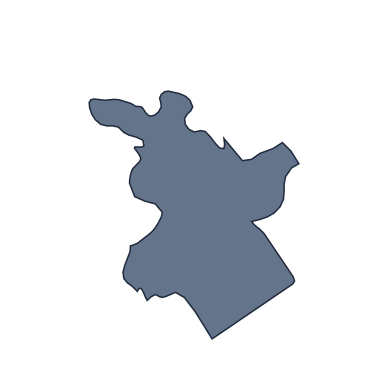 Zamboanga del Sur, Natural Earth projection, rotated 146°
{"feature_id": "PHL-2522", "entity_name": "Zamboanga del Sur", "entity_type": "Province", "adm_level": 1, "iso_a3": "PHL", "parent_name": "Philippines", "parent_adm1": "", "projection": "natural_earth1", "projection_center": [123.35, 7.8], "detail": "fine", "context": "isolated", "style": "filled", "palette": "slate", "viewbox_px": 384, "rotation_deg": 146, "n_neighbors": 0, "source": "natural_earth", "source_scale": "10m", "svg_char_len": 1674}
<svg xmlns="http://www.w3.org/2000/svg" viewBox="0 0 384 384"><g transform="rotate(146 192 192)"><path d="M289.8,127.2L289.8,127.3L289.5,130.4L288.3,136.4L288.0,139.9L288.0,140.0L288.4,140.4L289.5,141.7L292.9,140.2L292.9,140.3L294.2,146.9L296.3,152.7L296.9,158.3L294.1,164.1L288.6,168.9L276.6,177.3L273.2,181.8L271.7,181.2L265.8,180.0L248.8,181.2L244.0,182.3L237.4,185.1L231.2,188.6L228.0,191.7L229.0,202.5L236.2,210.8L242.1,220.2L238.9,234.2L236.6,237.3L233.8,240.2L230.9,242.7L228.0,244.5L218.6,246.5L216.2,247.8L215.2,250.1L214.9,253.6L215.2,260.4L214.1,261.3L208.6,257.4L206.1,257.1L203.8,262.4L207.4,268.5L212.5,274.5L215.2,279.4L216.8,287.0L220.8,291.2L225.6,294.4L229.9,299.2L231.7,305.8L231.5,312.7L229.8,319.1L227.1,323.8L224.4,325.0L221.3,324.0L213.0,316.8L204.5,312.2L200.8,309.1L193.1,299.6L190.8,294.6L186.9,291.5L186.0,289.9L186.0,283.2L185.5,280.5L184.4,278.4L180.1,276.5L174.7,277.2L169.9,279.8L167.9,283.5L166.4,287.9L162.9,290.1L158.7,290.5L155.2,288.9L147.3,280.5L143.8,274.9L142.4,269.0L143.8,262.2L147.6,260.0L152.3,259.3L157.0,257.1L159.7,251.9L159.5,245.7L156.5,240.4L150.7,238.2L147.2,234.8L145.9,227.1L145.4,218.6L144.3,212.7L141.3,210.2L138.4,213.1L135.6,218.5L132.7,189.8L124.5,185.8L114.2,186.0L100.5,182.7L89.4,182.4L87.1,170.6L87.6,155.7L96.0,156.3L105.9,152.4L111.4,146.8L115.6,140.6L120.3,134.8L127.3,130.5L135.5,128.7L143.3,129.2L151.2,131.3L159.0,134.2L158.9,131.7L158.5,129.2L157.8,126.7L156.9,124.2L155.5,117.5L155.5,65.3L156.8,60.8L160.1,59.4L257.5,59.0L256.3,90.5L257.3,108.7L261.8,118.0L272.5,120.1L275.5,121.3L277.7,123.6L278.6,125.9L280.2,127.6L284.8,128.0L289.8,127.2Z" fill="#64748b" stroke="#1e293b" stroke-width="1.5"/></g></svg>